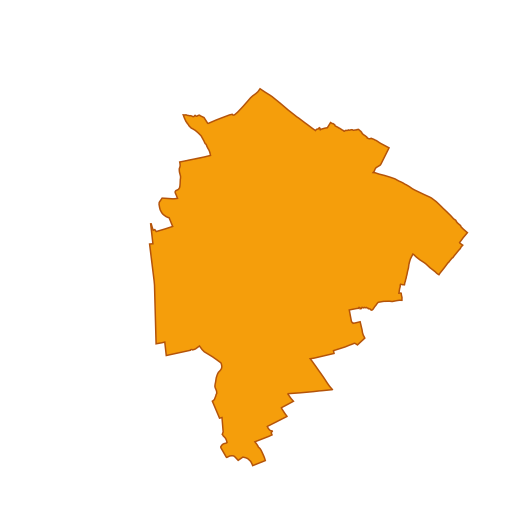 the district of Grivita, Vaslui, Romania, rotated 312°
{"feature_id": "2599482B4273660829063", "entity_name": "Grivita", "entity_type": "district", "adm_level": 2, "iso_a3": "ROU", "parent_name": "Romania", "parent_adm1": "Vaslui", "projection": "albers", "projection_center": [27.682, 46.171], "detail": "fine", "context": "isolated", "style": "filled", "palette": "amber", "viewbox_px": 512, "rotation_deg": 312, "n_neighbors": 0, "source": "geoboundaries", "source_scale": "gbopen_adm2", "svg_char_len": 6118}
<svg xmlns="http://www.w3.org/2000/svg" viewBox="0 0 512 512"><g transform="rotate(312 256 256)"><path d="M100.8,350.3L100.8,351.0L100.4,352.0L100.4,352.6L100.2,355.0L99.7,356.4L99.1,357.6L98.3,358.9L98.0,359.3L96.9,359.0L95.2,357.8L94.2,357.4L93.6,357.2L92.2,357.2L90.6,357.5L90.0,358.2L89.0,361.3L86.8,368.0L86.6,368.8L86.8,369.1L89.6,370.2L90.4,370.8L91.3,371.6L92.3,372.8L92.5,373.4L92.6,375.0L92.2,379.5L97.8,380.8L99.1,383.2L99.8,385.1L99.9,386.1L99.8,389.5L98.7,392.4L98.0,393.8L110.2,399.8L111.6,397.5L112.5,395.7L114.1,392.1L115.0,389.9L115.5,388.1L115.6,387.3L115.6,385.8L115.7,385.2L116.0,384.8L116.6,382.7L117.2,379.5L130.5,386.2L133.8,387.6L134.7,385.7L135.3,385.4L136.4,385.5L136.7,385.4L136.8,385.1L136.0,383.7L135.8,382.7L135.9,381.6L136.2,380.1L136.9,378.4L157.5,386.4L157.7,386.0L158.1,383.7L158.5,382.0L159.7,377.6L160.1,376.5L160.3,376.4L167.7,379.1L173.1,381.0L173.5,377.5L174.5,373.2L174.7,372.2L174.9,372.1L175.2,372.0L183.8,380.3L193.4,389.2L198.1,393.3L200.3,395.4L207.7,402.1L207.9,402.1L208.0,401.1L208.2,399.4L208.5,397.4L209.3,393.9L211.0,387.5L211.8,384.0L212.0,383.2L212.9,379.0L213.8,375.2L215.5,367.4L215.9,365.0L219.1,367.6L235.8,379.2L237.5,376.9L248.1,383.1L252.7,385.3L254.1,386.1L257.0,387.5L257.4,388.3L257.8,390.9L267.8,391.8L269.0,388.6L270.3,386.4L272.1,384.2L276.8,377.4L272.6,374.5L270.9,373.2L271.2,372.5L270.9,371.9L271.3,370.6L278.3,361.4L283.9,365.6L285.1,366.6L285.7,367.2L286.3,366.9L286.7,366.9L287.0,367.5L287.1,368.0L286.5,368.7L287.3,369.4L287.6,369.5L288.7,369.1L288.8,369.2L289.2,369.8L289.4,370.6L290.0,370.8L290.4,371.0L290.5,371.6L290.6,371.8L291.2,372.2L291.6,372.4L291.7,373.2L292.2,374.1L292.0,374.8L292.7,375.7L293.0,376.7L292.8,377.4L293.0,378.0L293.5,378.4L294.6,378.6L298.1,378.1L299.5,378.1L301.7,377.8L303.3,377.8L303.5,377.9L307.6,381.1L311.6,385.3L313.3,387.7L316.8,390.3L319.1,392.2L320.7,394.1L322.9,392.2L324.2,390.3L325.5,388.8L325.5,388.7L325.2,388.2L324.0,387.1L327.8,384.6L329.8,383.6L330.8,382.7L331.7,382.3L332.8,384.2L333.9,385.6L334.6,385.2L335.6,384.5L337.1,383.9L338.6,383.0L340.4,382.2L341.2,381.6L343.2,380.6L346.0,378.9L349.1,377.3L352.0,375.3L354.6,373.9L357.2,372.7L362.4,371.3L362.6,372.4L362.5,375.6L362.8,380.3L363.6,385.3L363.8,387.2L363.8,388.4L363.7,393.1L364.2,399.7L364.1,401.8L364.3,403.6L364.5,404.5L366.3,404.2L373.2,403.8L379.7,403.2L380.0,403.4L382.2,403.2L385.8,403.1L386.1,403.3L386.7,403.4L389.2,403.1L390.4,403.1L393.8,402.9L397.3,402.8L398.1,402.9L399.8,402.4L402.4,402.4L402.0,399.1L402.2,398.3L408.5,397.7L414.8,397.5L414.7,391.8L414.9,388.8L415.5,387.6L415.4,385.0L415.4,383.4L415.6,382.3L415.8,381.6L416.2,380.7L416.2,380.2L415.9,378.6L415.9,377.4L416.3,373.5L416.6,365.8L416.6,363.6L416.9,357.4L417.0,353.7L416.5,347.6L416.0,345.6L414.1,339.6L411.2,329.7L410.6,327.1L410.2,323.6L409.5,320.1L409.0,318.5L408.7,316.5L407.9,313.7L407.3,312.0L406.3,307.6L404.4,303.1L401.9,297.7L399.3,292.8L397.6,288.9L397.1,288.1L396.4,287.2L398.3,287.1L399.7,286.5L400.5,286.3L401.9,286.1L402.6,286.3L406.3,287.4L406.8,287.5L408.1,287.3L425.4,282.5L423.6,275.3L423.2,273.8L422.8,271.7L422.5,269.3L422.2,267.8L421.8,266.7L421.5,265.3L420.9,263.9L420.7,263.1L420.5,262.8L420.3,262.8L420.3,262.7L419.7,262.4L418.9,261.8L418.6,261.1L418.1,259.7L418.5,259.2L418.5,258.4L418.4,256.7L418.1,254.6L418.1,253.2L418.3,252.3L418.6,251.9L418.6,251.3L418.8,250.5L418.7,249.7L418.7,248.8L418.7,247.5L417.6,246.5L417.2,246.5L415.9,245.3L414.7,244.4L414.5,244.0L414.3,243.2L413.8,242.5L411.7,241.0L411.5,240.6L411.5,240.3L410.9,240.1L410.4,239.8L409.1,238.4L408.6,238.3L408.0,238.3L407.7,238.0L407.6,237.5L407.6,236.4L407.4,236.1L407.3,235.6L407.3,235.0L407.1,234.1L406.9,232.6L406.5,231.6L406.5,231.0L406.1,229.4L405.7,228.0L405.8,227.3L406.0,226.9L406.2,226.7L406.0,225.0L405.9,224.5L405.4,224.0L405.1,222.1L399.1,223.2L396.9,221.5L393.7,219.5L393.0,219.5L392.8,219.4L392.7,219.2L392.9,218.9L393.7,218.1L393.8,217.8L393.7,217.2L392.4,217.2L391.7,217.0L391.1,216.4L389.5,216.1L389.0,216.2L388.6,212.8L388.0,205.8L387.7,203.1L387.1,195.7L386.7,193.0L386.5,189.4L386.0,182.1L385.8,173.4L385.4,165.1L385.2,161.3L384.9,159.0L383.7,152.2L383.0,147.1L379.4,147.5L376.5,147.2L372.9,146.4L370.0,146.1L359.0,146.3L350.5,146.1L347.2,145.7L346.6,145.6L345.8,145.1L345.4,144.8L345.3,143.8L345.4,143.5L343.1,141.9L334.4,137.4L330.0,135.2L322.6,131.8L322.4,131.6L322.3,131.3L324.1,124.7L322.9,120.7L322.9,119.9L322.8,119.7L322.2,119.2L321.5,118.9L320.4,118.6L319.9,118.1L319.8,117.8L319.9,117.0L319.7,116.6L318.0,116.5L317.5,116.1L317.3,115.7L317.0,114.6L316.7,113.9L316.4,113.4L315.7,112.7L315.4,112.0L315.0,111.5L314.7,111.1L314.1,109.6L312.7,108.2L312.2,107.5L310.7,110.3L309.3,113.5L309.0,114.3L309.0,114.9L308.5,116.3L308.5,117.1L308.2,118.2L307.9,119.1L307.7,122.2L308.2,124.1L308.7,126.7L308.8,129.7L308.8,130.8L308.6,134.7L307.4,138.2L306.6,140.5L305.8,142.2L305.5,143.3L305.6,144.3L304.7,146.0L303.9,148.0L303.5,149.3L303.0,150.7L301.9,152.7L300.3,154.9L295.0,151.3L274.8,136.4L273.9,137.6L272.5,139.1L271.4,139.8L269.5,140.6L268.5,141.5L267.2,142.9L264.8,146.5L263.4,147.8L262.4,148.4L259.0,151.2L257.0,152.7L255.6,153.5L254.6,153.7L253.4,153.7L251.9,153.1L251.3,152.8L250.6,152.7L249.5,153.0L248.9,153.7L247.7,156.4L246.3,159.1L244.1,157.2L242.9,156.0L238.6,150.5L236.2,147.5L231.1,148.2L229.5,149.4L227.6,151.8L226.2,153.9L225.1,156.9L224.8,158.5L224.8,159.9L225.1,162.7L225.7,164.7L226.3,165.8L222.2,174.3L215.1,170.2L207.4,165.5L207.9,163.1L206.4,162.4L207.9,159.6L209.8,156.6L209.4,156.2L196.1,171.2L193.7,168.9L169.2,197.1L166.4,200.1L123.9,240.5L128.8,244.3L131.0,245.8L122.0,255.9L142.0,270.3L142.2,270.2L142.6,270.2L143.3,270.6L143.7,271.1L143.8,271.7L145.2,272.6L146.4,273.2L151.3,274.2L150.4,278.5L150.2,281.6L152.0,291.1L152.6,296.2L153.1,301.2L152.8,302.2L151.2,304.4L149.6,305.5L148.6,305.8L147.2,306.0L144.4,305.9L142.8,306.3L141.2,306.9L138.8,308.0L135.3,310.3L133.4,311.4L131.7,312.6L130.8,313.8L130.0,315.6L129.2,317.1L128.4,318.0L127.6,318.8L126.5,319.0L124.8,319.9L124.1,320.1L121.5,321.1L120.0,321.0L118.9,320.7L111.1,337.4L113.2,338.8L103.3,349.3L100.8,350.3Z" fill="#f59e0b" stroke="#b45309" stroke-width="1.5"/></g></svg>